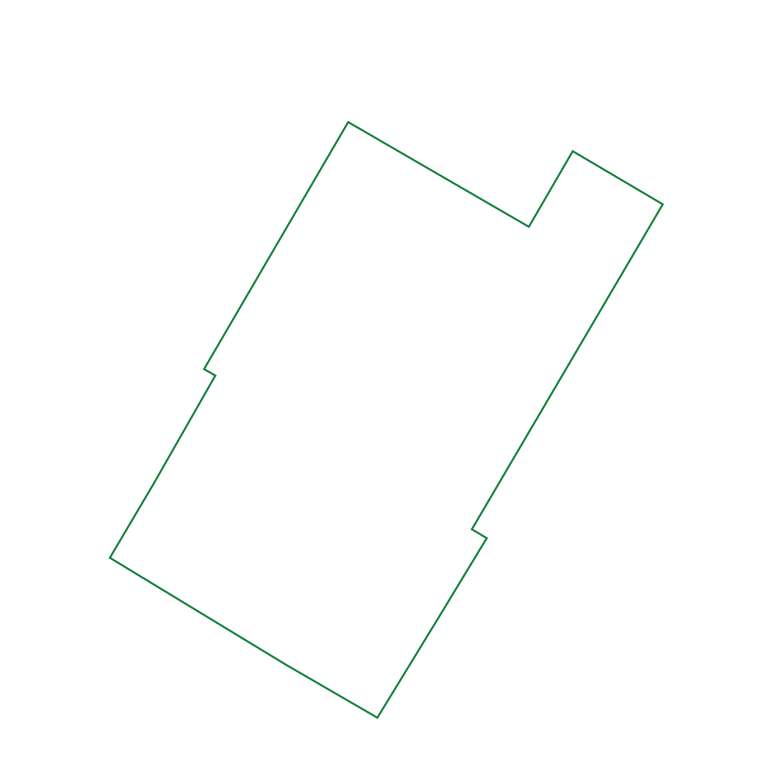 the district of Dallas, Missouri, United States of America, rotated 209°
{"feature_id": "52423323B61703170015618", "entity_name": "Dallas", "entity_type": "district", "adm_level": 2, "iso_a3": "USA", "parent_name": "United States of America", "parent_adm1": "Missouri", "projection": "orthographic", "projection_center": [-93.034, 37.66], "detail": "fine", "context": "isolated", "style": "outline", "palette": "green", "viewbox_px": 768, "rotation_deg": 209, "n_neighbors": 0, "source": "geoboundaries", "source_scale": "gbopen_adm2", "svg_char_len": 331}
<svg xmlns="http://www.w3.org/2000/svg" viewBox="0 0 768 768"><g transform="rotate(209 384 384)"><path d="M331.8,679.1L333.5,591.7L542.3,595.7L548.6,309.8L535.6,309.6L537.1,186.3L539.5,99.1L332.9,90.9L228.0,88.9L222.8,211.3L219.4,299.0L236.7,299.5L227.3,676.3L331.8,679.1Z" fill="none" stroke="#15803d" stroke-width="2"/></g></svg>